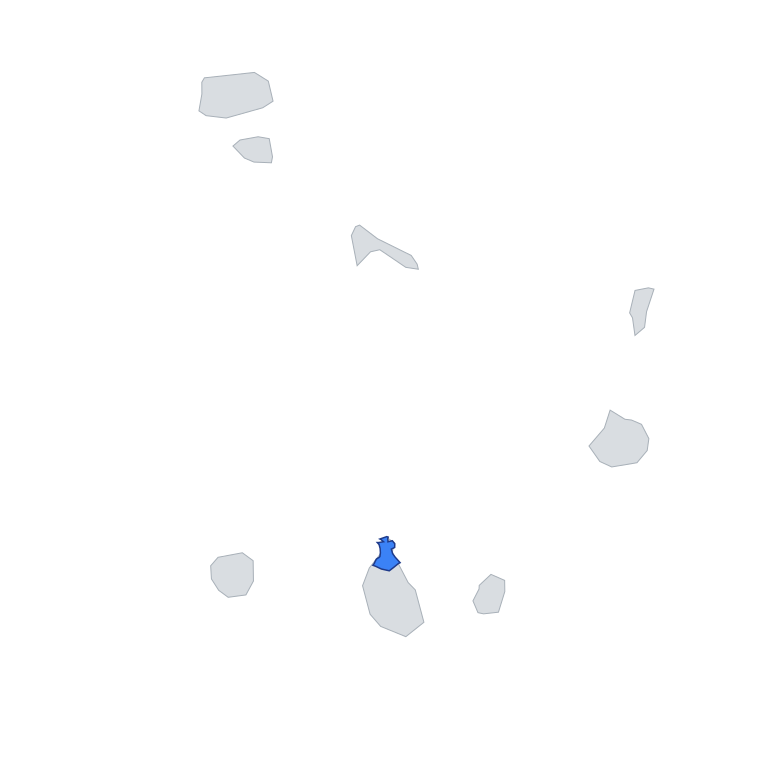 where Tarrafal sits in Cabo Verde, rotated 19°
{"feature_id": "CPV-5045", "entity_name": "Tarrafal", "entity_type": "state/province", "adm_level": 1, "iso_a3": "CPV", "parent_name": "Cabo Verde", "parent_adm1": "", "projection": "albers", "projection_center": [-23.738, 15.256], "detail": "fine", "context": "in_parent", "style": "filled", "palette": "blue", "viewbox_px": 768, "rotation_deg": 19, "n_neighbors": 0, "source": "natural_earth", "source_scale": "10m", "svg_char_len": 1691}
<svg xmlns="http://www.w3.org/2000/svg" viewBox="0 0 768 768"><g transform="rotate(19 384 384)"><path d="M499.3,596.3L486.9,615.8L459.8,614.3L445.8,606.2L429.4,581.7L430.0,562.8L435.7,546.3L434.7,532.1L437.0,528.3L445.4,530.8L446.7,540.4L471.5,563.9L480.6,568.5L499.3,596.3ZM148.2,183.9L128.4,188.2L120.1,186.0L117.4,169.1L113.5,158.0L114.5,153.0L160.0,131.6L176.0,135.3L187.0,152.7L179.4,162.3L148.2,183.9ZM606.3,335.1L623.3,338.9L629.7,337.5L640.6,338.3L652.2,349.4L654.5,361.2L648.8,376.1L626.3,388.3L613.3,387.0L598.0,375.9L606.7,353.9L606.3,335.1ZM322.1,628.4L306.1,636.4L294.9,632.9L284.3,624.5L279.3,612.3L283.5,601.9L305.0,589.7L317.8,593.7L324.7,612.8L322.1,628.4ZM367.9,253.6L376.3,259.9L379.1,264.3L366.6,266.6L336.3,258.4L328.2,263.4L320.1,280.9L304.8,254.3L305.9,244.5L309.2,241.7L330.6,248.8L367.9,253.6ZM553.0,568.9L547.3,569.6L538.7,560.1L540.6,546.9L539.6,543.4L547.1,529.2L562.0,530.4L565.8,540.9L566.5,562.5L553.0,568.9ZM205.5,211.5L188.8,216.5L178.5,215.8L163.7,208.2L168.4,200.2L184.5,191.2L195.6,189.4L204.6,205.5L205.5,211.5ZM611.9,245.6L605.5,256.4L597.4,240.5L593.1,236.8L590.9,213.8L602.7,207.0L608.4,206.4L608.7,230.1L611.9,245.6Z" fill="#d9dde1" stroke="#a8b0b8" stroke-width="1"/><path d="M432.5,559.0L433.2,556.9L433.4,554.4L433.8,552.1L434.8,550.7L435.8,549.6L436.3,548.5L435.6,544.9L433.9,540.8L431.6,537.4L429.3,536.1L430.7,535.6L434.9,533.3L431.9,532.1L430.6,531.9L436.3,527.4L437.8,527.4L437.9,529.0L438.3,529.9L438.7,530.7L439.1,531.9L442.9,529.5L446.2,531.5L447.3,535.1L444.7,537.7L447.4,541.6L450.6,543.9L457.4,547.7L455.9,549.3L452.9,554.2L449.8,558.9L441.8,559.8L435.7,559.1L432.5,559.0Z" fill="#3b82f6" stroke="#1e3a8a" stroke-width="1.5"/></g></svg>